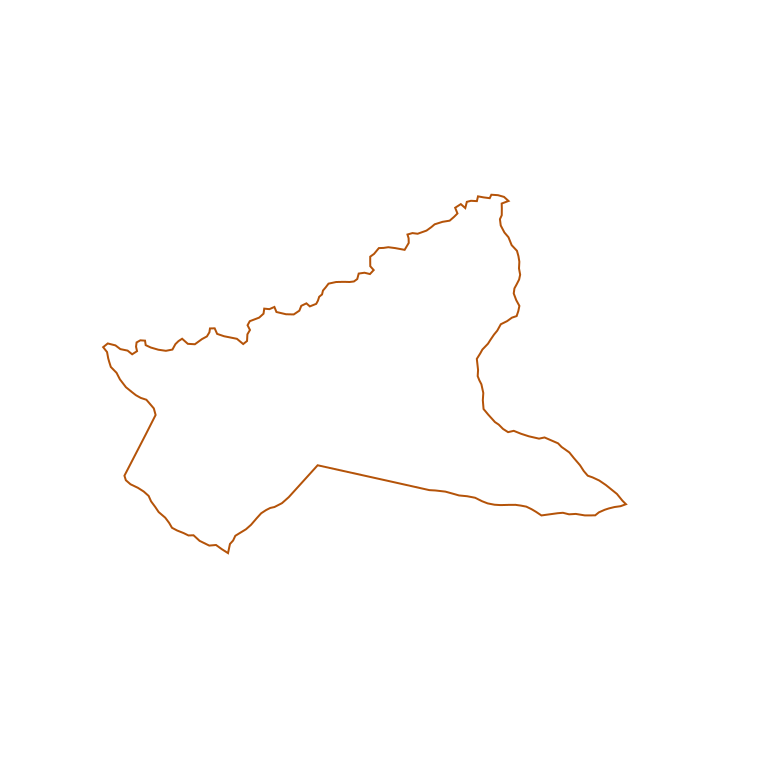 Jaguapitã, Paraná, Brazil, rotated 115°
{"feature_id": "56859067B47471443694247", "entity_name": "Jaguapitã", "entity_type": "district", "adm_level": 2, "iso_a3": "BRA", "parent_name": "Brazil", "parent_adm1": "Paraná", "projection": "equal_earth", "projection_center": [-51.575, -23.05], "detail": "fine", "context": "isolated", "style": "outline", "palette": "amber", "viewbox_px": 768, "rotation_deg": 115, "n_neighbors": 0, "source": "geoboundaries", "source_scale": "gbopen_adm2", "svg_char_len": 3070}
<svg xmlns="http://www.w3.org/2000/svg" viewBox="0 0 768 768"><g transform="rotate(115 384 384)"><path d="M360.5,515.9L364.6,519.5L366.3,524.4L371.2,522.9L376.6,525.2L380.0,528.5L383.8,532.2L388.4,532.5L391.7,528.3L396.7,528.8L402.9,526.3L407.3,528.5L405.2,536.4L406.9,543.4L408.3,549.1L409.1,556.4L405.1,561.0L407.2,565.2L410.9,564.1L415.7,564.6L420.3,568.0L427.9,572.2L430.5,578.8L428.3,586.1L432.0,588.4L436.0,589.9L442.2,590.3L446.1,595.7L448.3,603.0L449.5,610.8L449.5,616.4L445.7,618.9L447.4,623.3L450.9,625.8L455.0,624.5L458.6,621.7L463.5,624.8L462.1,630.5L463.8,637.7L462.5,643.7L464.0,651.5L469.3,654.1L472.1,648.5L477.3,644.8L480.3,642.2L484.0,638.8L486.9,631.1L491.4,625.3L493.8,620.7L496.0,616.5L497.8,609.3L499.0,604.1L499.4,598.6L498.7,592.7L503.4,582.3L508.6,577.9L530.0,578.6L576.8,580.5L580.3,577.3L582.0,571.4L582.1,563.1L583.0,556.3L584.9,550.0L588.8,545.5L592.1,539.4L595.3,534.1L597.6,525.8L600.7,520.0L603.9,515.4L604.2,509.6L603.8,502.6L603.9,497.2L601.6,492.7L604.1,484.8L604.3,474.1L600.9,468.2L602.2,461.4L603.2,453.9L594.1,456.0L589.6,454.6L584.4,454.6L579.4,451.3L574.0,447.7L567.8,445.0L559.6,442.7L553.1,440.7L548.1,437.6L544.4,434.7L541.8,431.3L535.1,426.1L526.8,422.5L485.7,409.8L469.5,336.7L461.0,298.0L458.8,292.5L455.6,282.9L454.2,274.6L453.3,268.9L450.6,261.3L448.6,253.4L448.8,245.6L448.4,239.6L446.7,232.8L444.5,227.2L441.2,220.6L438.0,213.9L436.4,208.7L435.0,203.2L435.1,197.3L435.6,192.3L436.6,185.8L427.6,171.8L425.1,167.4L423.9,161.2L420.7,155.3L418.2,146.4L413.8,137.1L409.5,135.0L404.7,130.8L401.8,127.7L398.1,123.1L394.8,118.0L390.7,113.9L389.0,118.6L385.2,126.4L381.8,140.2L380.5,148.2L380.5,155.5L381.0,160.6L378.5,166.1L374.8,172.0L370.8,180.8L367.7,187.1L366.0,196.5L364.2,201.2L364.4,208.2L364.6,215.9L368.0,220.4L370.2,230.7L371.2,238.8L371.6,246.6L375.2,251.2L374.4,257.2L372.3,262.9L371.6,267.4L367.7,276.6L364.6,283.2L356.9,287.6L350.2,290.2L343.1,295.6L340.4,299.1L337.3,302.4L331.5,304.7L322.0,310.5L315.6,309.7L311.2,309.4L303.6,306.8L299.0,306.2L292.8,305.2L287.8,303.9L280.5,303.4L275.0,299.0L269.8,296.1L266.4,292.5L261.1,293.1L256.0,294.3L252.1,299.6L247.1,304.7L242.2,306.2L237.8,305.9L232.2,305.7L227.4,306.8L222.2,310.5L216.0,313.0L211.3,316.2L207.1,319.8L204.2,327.0L198.4,333.2L195.8,338.9L191.0,345.2L185.6,348.6L181.3,348.6L175.1,351.4L170.7,353.6L165.5,348.5L163.7,354.3L164.7,360.5L167.1,366.7L170.9,366.7L172.8,372.7L174.2,378.1L179.0,377.1L181.2,382.6L183.9,385.9L190.2,384.7L188.5,390.4L194.2,394.0L198.4,389.5L202.8,391.1L208.2,393.5L212.3,399.5L217.9,405.6L221.8,407.4L227.0,410.3L233.6,417.0L235.2,422.0L238.6,425.9L241.5,423.3L245.7,421.2L253.7,422.0L256.1,431.3L258.2,437.9L260.9,442.0L263.0,446.1L270.3,448.0L274.4,450.3L277.9,448.7L283.1,446.2L285.1,441.5L290.3,443.2L291.4,448.7L294.6,453.6L300.2,452.6L303.8,454.6L306.1,458.3L308.3,463.4L311.8,470.5L316.5,476.7L321.1,477.7L325.1,478.8L329.0,478.0L332.3,479.6L336.4,479.1L340.0,479.3L345.0,484.0L343.7,488.4L348.1,492.0L353.3,491.7L359.1,495.2L362.2,502.3L364.2,511.9L360.5,515.9Z" fill="none" stroke="#b45309" stroke-width="2"/></g></svg>